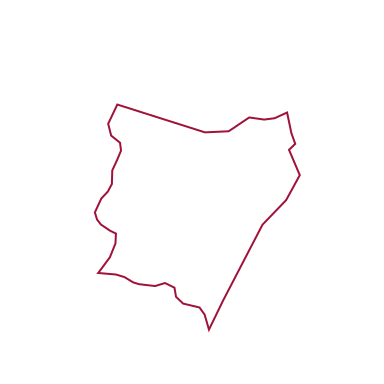 Paraná, Rio Grande do Norte, Brazil, rotated 49°
{"feature_id": "56859067B38345256604650", "entity_name": "Paraná", "entity_type": "district", "adm_level": 2, "iso_a3": "BRA", "parent_name": "Brazil", "parent_adm1": "Rio Grande do Norte", "projection": "robinson", "projection_center": [-38.287, -6.448], "detail": "fine", "context": "isolated", "style": "outline", "palette": "rose", "viewbox_px": 384, "rotation_deg": 49, "n_neighbors": 0, "source": "geoboundaries", "source_scale": "gbopen_adm2", "svg_char_len": 681}
<svg xmlns="http://www.w3.org/2000/svg" viewBox="0 0 384 384"><g transform="rotate(49 192 192)"><path d="M194.4,68.1L190.5,81.3L184.7,90.0L173.3,99.9L170.2,124.5L155.5,143.1L77.0,191.0L85.5,210.5L96.4,216.0L107.6,214.0L114.2,218.4L118.6,227.3L123.4,238.0L133.4,247.2L136.5,255.4L137.4,264.7L143.7,278.7L150.4,281.7L156.7,282.1L167.3,279.3L173.5,276.7L180.6,283.5L187.4,296.8L191.6,315.9L204.3,303.6L211.9,298.8L221.6,295.7L226.9,292.4L238.8,281.5L243.0,272.1L252.7,268.0L260.6,272.8L270.4,271.9L284.1,262.1L292.8,262.9L307.0,269.5L294.3,239.7L262.9,160.2L259.9,126.3L250.0,99.6L223.8,91.1L223.4,82.5L212.8,78.4L194.4,68.1Z" fill="none" stroke="#9f1239" stroke-width="2"/></g></svg>